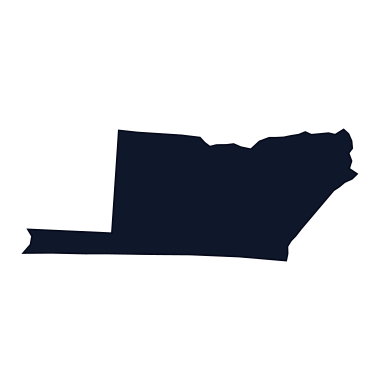 the district of Planalto Alegre, Santa Catarina, Brazil, rotated 275°
{"feature_id": "56859067B50692822496995", "entity_name": "Planalto Alegre", "entity_type": "district", "adm_level": 2, "iso_a3": "BRA", "parent_name": "Brazil", "parent_adm1": "Santa Catarina", "projection": "robinson", "projection_center": [-52.861, -27.043], "detail": "fine", "context": "isolated", "style": "filled", "palette": "ink", "viewbox_px": 384, "rotation_deg": 275, "n_neighbors": 0, "source": "geoboundaries", "source_scale": "gbopen_adm2", "svg_char_len": 813}
<svg xmlns="http://www.w3.org/2000/svg" viewBox="0 0 384 384"><g transform="rotate(275 192 192)"><path d="M131.8,291.9L138.9,292.7L146.1,291.9L152.1,294.9L157.4,299.2L165.0,304.1L205.9,333.0L210.2,338.4L215.0,343.2L219.1,350.4L224.4,355.0L229.0,346.6L236.8,348.3L244.4,344.7L249.5,347.9L256.7,346.6L263.5,342.9L267.6,337.6L261.6,329.6L262.6,322.8L261.0,314.2L259.5,305.9L261.7,299.6L258.5,293.4L256.6,285.7L254.5,278.7L253.5,271.4L252.8,264.1L248.4,254.8L239.8,246.9L241.0,236.7L243.5,229.3L242.0,222.3L241.0,212.2L238.8,205.9L242.3,200.3L247.0,195.2L247.6,176.7L246.6,132.7L247.0,113.6L230.4,114.0L144.0,115.7L140.5,31.6L134.0,36.4L125.5,35.6L116.4,29.0L119.1,57.5L121.3,90.9L123.3,113.3L125.9,149.8L127.3,167.8L129.5,195.4L131.7,244.3L131.8,291.9Z" fill="#0f172a" stroke="#020617" stroke-width="1.5"/></g></svg>